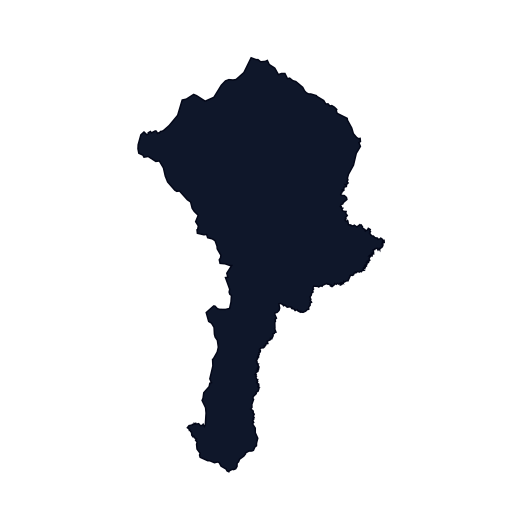 the district of Non Sa-At, Udon Thani, Thailand, rotated 240°
{"feature_id": "78962969B30121377049744", "entity_name": "Non Sa-At", "entity_type": "district", "adm_level": 2, "iso_a3": "THA", "parent_name": "Thailand", "parent_adm1": "Udon Thani", "projection": "mercator", "projection_center": [102.818, 16.969], "detail": "fine", "context": "isolated", "style": "filled", "palette": "ink", "viewbox_px": 512, "rotation_deg": 240, "n_neighbors": 0, "source": "geoboundaries", "source_scale": "gbopen_adm2", "svg_char_len": 6146}
<svg xmlns="http://www.w3.org/2000/svg" viewBox="0 0 512 512"><g transform="rotate(240 256 256)"><path d="M313.3,401.5L319.0,402.9L327.8,403.1L329.6,403.8L339.0,397.6L341.8,398.2L342.5,399.2L345.7,398.3L348.4,396.8L349.0,394.9L351.7,394.5L352.8,392.4L356.8,392.4L363.8,388.5L364.7,388.5L368.9,384.5L370.0,382.6L372.2,381.2L374.7,380.6L378.7,380.8L387.2,377.7L389.5,375.5L393.2,374.1L393.8,371.9L399.6,372.3L401.3,369.4L401.9,366.1L409.3,366.2L415.2,363.2L419.7,363.6L419.9,361.4L421.9,357.1L425.1,355.9L426.1,354.2L430.1,350.9L420.9,337.2L418.8,327.0L419.9,324.1L422.3,320.7L422.9,317.1L421.2,311.3L414.5,298.9L415.5,289.4L424.6,284.7L427.1,282.8L426.7,274.1L428.0,270.1L417.0,258.5L412.4,246.1L411.0,239.2L410.9,237.3L411.6,235.5L410.8,233.6L411.5,233.0L411.4,231.9L413.9,232.1L414.7,231.3L414.9,227.0L416.6,226.8L416.6,224.3L415.6,224.1L415.6,222.1L419.4,221.0L418.5,216.9L411.3,209.6L407.9,207.4L403.6,205.9L399.9,208.5L397.6,208.4L396.1,212.4L388.0,216.5L386.6,219.8L378.6,219.9L370.6,217.4L364.3,216.5L353.6,218.6L351.6,219.7L350.5,222.3L339.0,224.7L335.5,226.4L329.3,224.6L325.6,224.8L320.1,226.3L315.9,220.9L310.9,221.1L308.1,218.7L308.2,218.0L305.0,216.6L300.4,221.5L299.4,224.0L296.0,223.3L292.7,226.7L289.7,228.2L284.1,227.2L281.6,226.0L274.2,226.0L272.1,224.3L271.1,222.3L267.6,221.2L264.7,225.3L260.8,228.7L259.9,230.2L255.7,222.1L251.7,221.0L252.6,218.8L240.3,216.6L238.2,214.7L236.0,214.2L234.1,215.0L228.6,211.3L223.8,206.9L225.0,202.8L228.0,197.8L229.7,196.2L233.1,195.4L233.9,194.4L231.9,184.6L223.0,182.3L220.1,183.9L215.2,184.0L209.1,180.9L206.2,180.1L202.3,180.4L195.9,177.8L192.2,174.4L188.1,167.4L188.2,166.7L182.4,163.7L172.7,154.6L168.6,154.1L168.9,152.4L166.3,150.1L163.7,142.4L159.3,139.0L157.9,137.1L149.9,136.5L144.9,134.2L135.0,127.6L134.2,126.0L136.7,126.1L136.2,124.9L136.9,123.0L139.5,122.5L140.2,120.2L141.2,120.2L141.0,119.4L142.0,118.7L141.3,118.1L141.9,116.7L141.5,116.3L142.6,113.2L141.6,110.7L140.0,111.5L138.6,111.2L138.7,111.8L136.5,111.6L136.0,112.2L133.0,110.8L131.0,111.0L131.1,112.0L129.4,111.8L127.3,113.0L126.8,111.6L124.1,111.9L122.7,110.4L118.3,108.4L113.0,109.0L111.9,107.6L109.6,107.0L102.9,111.8L101.7,113.7L97.7,116.7L96.9,119.6L95.6,120.8L91.4,120.7L86.6,123.5L84.3,123.5L82.7,124.6L83.3,125.5L83.1,128.8L82.2,129.8L81.9,132.0L83.3,134.4L86.0,136.0L86.5,138.0L88.2,140.1L88.8,145.4L89.9,148.0L90.7,148.4L90.6,152.3L89.2,154.9L89.0,156.6L91.2,159.6L91.4,161.5L93.7,162.9L97.3,166.4L103.3,167.0L107.3,169.3L112.5,169.0L113.0,170.8L115.4,170.9L115.6,172.2L116.9,172.3L116.8,173.5L118.7,173.6L119.9,175.4L122.0,174.7L122.1,175.6L123.4,176.0L126.2,174.9L126.9,176.8L129.6,178.2L133.0,182.2L134.5,182.1L135.7,183.5L136.7,187.4L137.9,187.8L137.9,190.2L139.8,192.3L141.2,192.3L140.9,193.1L142.3,192.8L142.6,193.8L143.9,194.3L144.7,193.3L145.7,193.9L146.2,193.5L146.7,194.9L148.0,194.9L148.2,195.4L148.5,194.9L151.6,195.4L151.7,196.3L153.8,196.0L153.5,196.9L154.5,196.9L155.1,197.8L155.1,199.9L155.7,200.4L156.6,199.8L156.4,201.1L157.5,201.1L157.0,201.8L158.0,202.7L158.6,202.3L158.7,203.1L161.0,203.1L161.3,204.0L162.2,203.2L164.4,204.2L165.2,203.8L166.4,206.2L167.0,206.2L167.2,207.6L168.1,207.3L168.2,208.4L169.2,208.4L169.2,209.5L170.9,210.1L170.5,210.8L171.0,211.9L172.1,212.6L172.5,211.9L173.5,212.4L173.8,214.5L172.8,216.5L173.2,218.3L174.0,218.3L174.0,219.9L175.0,220.6L174.3,222.5L176.6,223.1L176.3,226.6L177.4,227.4L176.4,228.2L178.3,230.9L180.1,231.8L179.8,233.2L180.5,234.2L180.1,235.2L183.9,235.8L184.0,236.3L189.2,239.1L189.6,240.1L191.6,240.9L191.9,242.6L196.3,243.1L197.2,244.1L196.6,246.1L197.4,248.8L199.1,250.5L203.1,251.8L202.7,253.5L200.7,254.9L199.1,255.0L199.0,256.5L196.1,257.4L194.7,260.7L192.8,260.7L192.9,261.6L191.8,261.5L191.3,262.4L189.2,262.6L189.0,264.8L187.6,264.8L185.4,266.2L185.9,266.6L185.7,267.3L184.8,267.1L183.7,268.6L183.4,271.4L184.0,273.6L183.5,275.0L185.7,276.3L186.2,278.2L188.2,279.3L188.2,281.0L190.7,280.8L191.0,281.8L193.6,282.2L194.4,284.2L196.2,285.8L196.3,287.4L197.9,287.7L198.6,289.3L199.7,289.0L201.0,290.9L198.8,294.3L197.8,294.8L197.8,297.2L196.7,298.1L197.3,299.1L196.9,303.6L196.1,303.6L194.4,305.8L193.0,305.5L192.0,306.1L192.6,306.8L191.5,306.9L191.9,309.3L192.8,310.5L191.4,311.3L191.6,312.8L190.3,313.6L190.3,315.1L188.7,314.5L188.5,316.1L189.2,316.3L188.3,316.6L189.5,316.6L188.8,317.5L189.8,317.3L189.1,318.2L190.2,319.3L189.3,319.5L189.2,322.3L188.5,323.2L192.1,328.2L190.9,330.0L191.0,331.2L192.1,332.2L191.6,334.1L192.3,334.3L191.5,334.9L192.0,336.1L190.4,337.5L190.4,339.1L189.7,339.5L190.4,340.8L189.7,342.2L190.6,341.9L191.3,342.6L190.8,343.7L191.9,343.6L191.4,344.7L192.0,345.6L193.1,344.9L193.6,346.0L192.6,346.6L193.3,346.8L193.1,347.7L194.8,348.2L194.2,348.6L194.2,349.8L195.1,349.5L194.9,350.4L195.7,350.3L195.2,351.2L195.5,352.4L196.0,352.1L197.5,352.9L198.6,355.1L199.5,353.9L199.7,354.8L198.2,356.2L199.3,356.5L198.7,357.0L199.6,357.5L199.2,358.5L200.3,358.2L199.8,359.4L202.8,360.6L202.2,362.1L202.9,362.6L202.1,364.8L200.2,364.7L200.9,366.3L199.6,366.3L200.4,366.8L200.6,369.4L201.5,371.0L202.3,371.5L202.5,370.9L203.4,371.1L203.7,372.5L204.4,372.4L203.6,373.8L205.5,374.7L205.8,373.4L207.0,373.9L209.1,373.0L208.8,371.9L209.3,370.1L210.8,370.1L212.3,368.2L214.6,367.6L214.7,367.0L216.4,366.1L219.1,365.8L219.8,367.3L221.0,367.1L221.8,368.2L223.8,367.1L222.8,365.6L223.0,363.2L224.3,363.6L227.2,362.1L228.0,362.8L230.4,362.6L230.7,361.5L231.2,361.5L230.7,357.9L233.6,356.5L233.4,355.6L234.1,354.2L234.7,353.5L235.4,353.7L236.9,351.7L240.5,353.1L241.0,352.9L240.5,352.5L240.8,351.5L242.8,351.2L243.3,352.6L244.4,352.6L245.4,355.3L248.2,355.0L249.5,356.3L251.0,354.1L252.3,353.5L253.5,353.8L254.0,355.0L254.8,354.1L255.9,354.5L256.1,353.8L256.8,353.8L257.9,355.3L257.8,357.4L258.6,358.1L259.5,363.0L261.5,363.6L264.2,362.7L265.5,360.7L266.9,360.1L267.7,360.7L267.8,361.9L269.3,363.3L268.8,363.7L269.1,365.0L270.1,364.5L269.8,365.3L271.6,366.8L271.0,369.0L271.8,369.6L273.1,369.2L272.6,369.9L273.2,372.3L274.9,372.0L276.0,373.7L277.6,374.0L280.6,377.0L285.9,385.8L294.8,394.2L298.7,401.2L302.8,401.8L302.9,403.7L305.8,405.0L306.3,403.5L308.3,402.4L313.3,401.5Z" fill="#0f172a" stroke="#020617" stroke-width="1.5"/></g></svg>